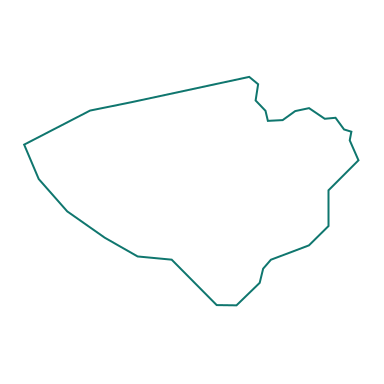 an SVG outline of Calderdale, rotated 179°
{"feature_id": "GBR-5672", "entity_name": "Calderdale", "entity_type": "Metropolitan Borough", "adm_level": 1, "iso_a3": "GBR", "parent_name": "United Kingdom", "parent_adm1": "", "projection": "equal_earth", "projection_center": [-2.016, 53.755], "detail": "fine", "context": "isolated", "style": "outline", "palette": "teal", "viewbox_px": 384, "rotation_deg": 179, "n_neighbors": 0, "source": "natural_earth", "source_scale": "10m", "svg_char_len": 524}
<svg xmlns="http://www.w3.org/2000/svg" viewBox="0 0 384 384"><g transform="rotate(179 192 192)"><path d="M31.6,249.5L33.4,240.9L25.0,220.8L55.5,191.3L56.1,155.6L76.0,136.6L114.3,122.9L122.2,114.1L125.9,100.0L149.5,77.9L169.3,78.5L213.5,124.7L247.5,128.5L280.0,147.8L317.1,174.8L345.0,207.6L359.0,242.3L292.5,275.2L250.7,282.9L132.8,306.1L124.0,298.6L126.8,282.4L117.1,271.9L114.9,261.8L100.1,262.3L87.4,271.1L73.5,273.8L58.0,262.9L47.2,263.7L38.9,251.9L31.6,249.5Z" fill="none" stroke="#0f766e" stroke-width="2"/></g></svg>